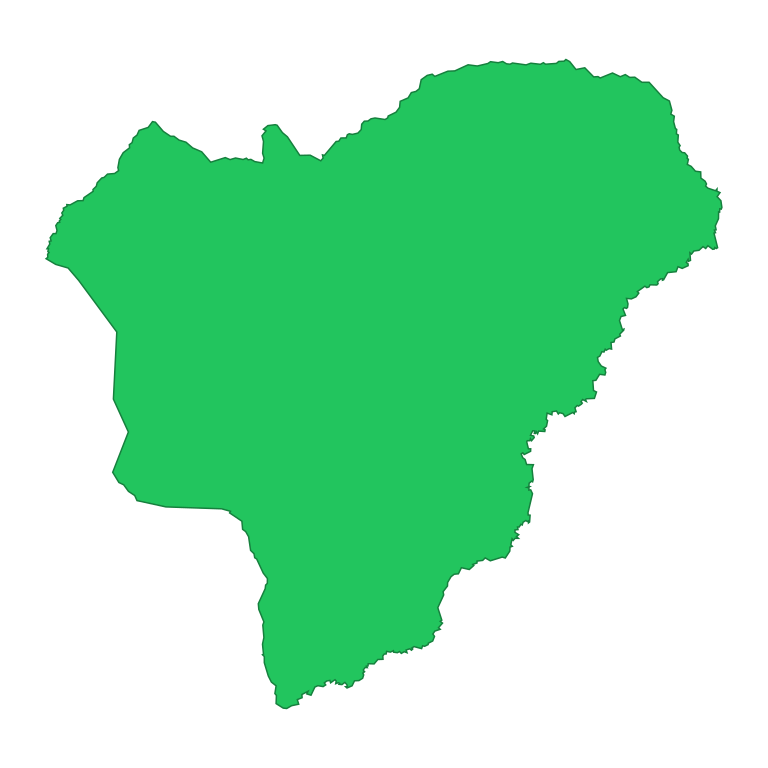 Mungwi, Muchinga, Zambia
{"feature_id": "96606910B23171864038647", "entity_name": "Mungwi", "entity_type": "district", "adm_level": 2, "iso_a3": "ZMB", "parent_name": "Zambia", "parent_adm1": "Muchinga", "projection": "mercator", "projection_center": [31.716, -9.991], "detail": "fine", "context": "isolated", "style": "filled", "palette": "green", "viewbox_px": 768, "rotation_deg": 0, "n_neighbors": 0, "source": "geoboundaries", "source_scale": "gbopen_adm2", "svg_char_len": 6053}
<svg xmlns="http://www.w3.org/2000/svg" viewBox="0 0 768 768"><path d="M717.6,247.7L714.0,233.1L715.5,232.7L714.4,230.1L716.1,229.8L715.3,225.9L718.5,218.7L718.6,211.9L719.6,212.1L719.8,208.8L721.3,209.1L721.9,207.4L720.9,200.7L717.1,196.7L720.0,192.6L716.9,191.2L717.0,189.0L715.5,190.7L708.0,188.2L705.6,186.1L706.5,184.0L705.1,181.2L700.9,178.1L700.7,171.9L695.4,171.2L691.2,166.4L687.3,164.4L688.4,159.3L687.1,158.3L687.5,156.1L684.7,152.8L682.1,152.5L679.7,150.1L679.1,147.3L680.1,145.6L677.8,142.2L678.3,135.0L676.4,133.9L676.7,129.4L675.4,128.5L673.6,121.7L674.3,116.2L670.8,114.1L671.9,110.3L669.4,101.0L663.1,97.7L649.1,82.3L641.9,82.3L634.8,77.2L629.7,77.4L625.3,74.6L620.3,76.7L612.5,73.0L600.2,78.0L598.0,76.6L593.7,76.9L584.8,67.8L576.0,69.5L569.7,61.6L565.9,59.5L564.0,61.2L558.8,61.4L556.4,63.4L545.5,64.2L543.4,62.7L540.4,64.3L530.8,63.2L526.1,64.9L512.5,63.0L510.1,64.2L506.5,63.8L502.7,61.5L498.2,62.7L490.5,61.7L487.9,63.5L477.3,66.0L468.1,64.8L454.8,70.9L447.8,71.2L434.8,76.4L432.2,74.2L427.2,75.4L421.2,79.7L419.3,88.7L416.0,91.4L411.3,92.6L408.1,97.9L400.2,101.3L399.6,107.3L396.0,112.2L388.2,116.0L387.7,117.9L385.1,119.5L375.0,118.0L371.0,118.8L368.0,121.0L364.3,121.2L361.7,124.2L361.2,129.6L357.9,133.1L352.4,134.4L349.2,133.8L347.4,134.7L346.2,137.9L340.9,138.0L338.8,141.2L336.1,141.5L324.4,155.4L322.5,154.9L323.1,158.1L320.8,160.8L310.2,155.2L299.8,155.4L287.4,136.8L282.4,132.6L277.1,125.2L275.2,124.7L267.9,125.6L263.4,129.2L266.0,130.9L262.0,135.8L263.5,141.4L262.6,153.3L264.1,158.1L262.6,163.0L254.8,161.6L250.9,159.4L248.1,159.8L246.4,158.2L243.1,159.5L235.5,158.0L230.1,159.6L225.3,157.6L210.7,162.2L201.7,151.8L192.6,147.9L186.0,142.2L179.1,140.1L174.0,136.3L170.6,136.3L163.3,131.4L155.4,122.2L152.5,121.6L148.2,127.4L139.1,130.4L137.0,135.1L133.3,138.0L132.1,142.6L129.3,144.7L129.6,147.8L123.2,152.7L119.4,159.3L117.9,167.6L118.6,170.6L114.6,173.5L107.5,174.1L104.1,177.4L101.7,178.0L97.2,182.8L96.3,186.3L93.0,189.5L93.2,191.3L84.0,197.6L83.1,200.6L77.6,200.8L70.1,204.9L66.8,204.6L67.0,206.3L63.3,208.2L63.7,210.3L61.8,213.0L62.8,215.2L59.8,218.4L60.8,219.4L59.3,221.0L59.7,222.3L57.7,222.7L55.8,225.6L57.0,230.4L56.0,233.6L53.2,233.6L50.2,237.7L51.1,240.9L49.2,241.3L49.8,244.0L47.0,248.7L48.5,248.7L47.9,251.6L49.0,252.4L47.6,254.3L47.8,257.3L46.1,258.7L55.7,264.4L68.1,268.0L78.6,280.3L116.8,332.0L113.4,399.1L128.4,432.0L112.7,472.3L118.9,482.5L123.7,484.8L128.5,491.4L134.7,495.5L137.0,500.6L165.9,506.9L221.6,508.8L230.5,511.3L229.6,512.9L241.9,521.2L242.6,529.3L245.7,531.6L248.6,536.7L250.6,550.4L254.0,553.7L254.7,557.7L256.7,559.0L263.3,573.2L267.4,578.5L267.3,583.4L265.6,585.1L265.2,588.7L258.3,603.7L258.8,609.4L263.9,621.9L262.8,625.1L263.9,637.5L262.5,644.2L263.5,654.2L262.5,654.7L264.3,656.5L264.3,662.7L268.3,676.0L271.4,682.1L276.1,685.8L274.9,693.6L276.4,695.4L276.1,703.6L283.2,708.1L286.7,708.5L291.6,705.7L298.7,704.2L297.3,699.6L302.1,697.7L301.9,694.5L308.0,691.3L306.8,693.9L311.0,695.2L314.9,687.0L317.9,685.7L323.1,686.6L325.7,684.9L324.3,682.9L326.7,681.0L329.9,680.4L330.6,682.8L335.0,679.7L336.2,681.0L335.7,683.7L338.2,682.7L339.6,683.3L339.0,684.3L341.9,684.6L344.9,682.4L346.9,684.6L347.3,686.5L345.6,686.7L347.0,688.0L352.1,685.8L354.5,680.8L358.9,680.6L362.6,678.3L363.7,674.9L362.8,673.1L365.1,671.3L363.7,671.6L363.4,669.8L365.1,667.5L367.2,667.6L366.4,666.2L368.0,665.9L368.2,663.7L374.1,663.9L377.8,659.5L383.0,659.3L382.8,655.9L384.3,654.0L386.1,654.0L386.6,651.4L390.4,652.1L393.4,650.7L393.6,652.2L397.4,652.7L399.5,651.5L401.3,653.4L404.2,651.7L407.0,652.7L406.1,650.0L409.6,648.8L411.5,650.2L412.7,649.0L411.7,648.1L414.0,646.6L421.6,648.6L422.6,645.8L424.6,646.3L428.1,644.6L428.3,643.2L432.7,641.0L434.5,636.4L432.9,634.0L434.8,631.1L440.2,629.3L438.5,627.7L442.5,623.1L440.2,621.3L441.8,620.2L437.8,607.7L443.7,594.9L443.1,591.7L447.5,586.0L447.6,582.5L451.0,576.7L454.2,574.2L458.4,573.8L461.4,567.7L469.3,569.5L473.8,565.5L472.8,564.4L477.0,563.0L477.0,561.1L482.7,560.4L485.2,557.9L490.3,560.8L502.2,557.1L505.3,558.0L509.8,551.1L510.0,547.1L512.3,546.3L510.8,544.8L512.1,538.8L513.2,540.4L515.1,538.3L518.4,538.3L516.5,536.5L518.7,534.7L515.0,532.4L515.0,529.9L518.0,529.6L517.5,527.0L519.2,527.0L520.9,524.3L522.2,525.0L523.1,522.2L525.9,520.5L527.4,521.6L528.8,520.7L528.6,522.8L529.6,522.0L530.1,515.2L528.2,515.0L528.0,512.6L532.5,493.7L530.7,489.9L528.8,490.0L529.0,487.9L527.1,487.4L529.8,486.5L528.8,486.1L529.2,483.1L531.6,481.2L532.6,481.8L533.2,479.7L532.0,468.7L533.4,464.7L526.6,464.5L525.1,459.5L522.7,457.7L521.2,453.8L522.8,452.8L524.2,454.5L530.6,451.3L530.7,448.8L528.4,448.8L526.7,441.8L527.3,440.7L529.9,440.7L530.4,438.7L531.6,440.7L534.2,437.6L533.7,436.0L530.5,435.3L532.7,430.8L534.8,430.9L534.3,433.4L535.6,433.5L536.4,431.7L537.6,433.8L538.6,431.1L544.8,431.5L545.1,429.8L543.5,429.0L546.5,426.2L547.6,420.6L546.2,419.3L547.1,413.1L551.9,414.8L552.2,411.7L556.5,411.0L558.3,414.0L559.6,412.7L563.0,413.6L565.0,416.5L572.8,412.5L574.2,413.7L574.5,412.1L576.1,411.7L574.9,407.8L577.2,405.5L578.5,406.1L581.4,404.2L582.3,403.1L581.0,401.8L582.6,399.5L586.3,401.4L585.5,399.6L586.3,398.8L594.4,398.4L596.5,392.0L593.5,390.5L592.8,380.7L595.9,380.3L599.6,374.3L604.9,375.0L605.7,372.4L604.9,369.7L605.9,368.2L601.3,366.0L598.2,361.6L597.5,357.4L599.8,356.1L601.9,351.7L604.0,352.0L605.2,349.2L606.2,350.2L609.1,348.6L611.6,349.1L611.0,342.5L614.0,342.0L614.9,338.9L620.4,336.0L619.7,334.2L623.7,330.2L623.9,329.1L622.4,329.8L619.5,320.6L621.0,316.5L625.5,315.4L623.0,309.0L624.4,307.6L626.4,308.4L627.5,307.5L628.0,303.9L626.5,298.4L631.4,298.9L636.0,296.8L638.8,293.1L637.3,291.6L644.9,286.2L646.8,287.6L649.0,286.9L650.0,284.8L656.8,285.0L658.1,283.7L657.5,281.7L660.5,279.0L662.6,278.7L662.5,280.2L663.6,279.8L667.6,272.6L676.1,271.7L678.0,266.7L682.2,268.4L688.1,265.7L688.1,263.9L686.3,262.4L688.1,259.3L688.6,261.3L690.5,260.4L689.9,252.8L691.5,254.1L693.9,251.0L699.0,250.3L703.0,246.6L705.7,248.5L707.9,245.7L712.7,249.3L714.4,249.0L714.8,247.5L716.3,248.5L717.6,247.7Z" fill="#22c55e" stroke="#15803d" stroke-width="1.5"/></svg>